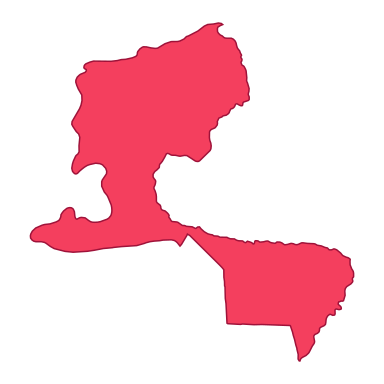 Chicamán, Quiché, Guatemala (orthographic projection)
{"feature_id": "79465075B15638381256287", "entity_name": "Chicamán", "entity_type": "district", "adm_level": 2, "iso_a3": "GTM", "parent_name": "Guatemala", "parent_adm1": "Quiché", "projection": "orthographic", "projection_center": [-90.638, 15.4], "detail": "fine", "context": "isolated", "style": "filled", "palette": "rose", "viewbox_px": 384, "rotation_deg": 0, "n_neighbors": 0, "source": "geoboundaries", "source_scale": "gbopen_adm2", "svg_char_len": 5941}
<svg xmlns="http://www.w3.org/2000/svg" viewBox="0 0 384 384"><path d="M222.7,24.6L221.4,23.5L218.4,23.0L213.6,24.0L207.7,24.5L204.3,26.1L197.8,31.1L188.3,36.0L186.9,36.4L186.3,36.7L184.0,39.0L179.9,41.0L177.8,41.5L171.2,41.6L165.0,43.7L157.5,48.2L155.2,48.4L151.0,47.9L146.4,46.9L143.4,46.8L142.3,47.2L139.9,48.9L137.8,51.5L137.4,52.6L137.3,54.0L137.0,55.1L136.5,55.7L135.8,56.4L132.4,57.8L125.7,59.3L121.3,59.6L117.2,60.6L111.0,61.3L93.5,61.1L89.9,62.1L85.9,63.8L84.7,64.9L84.1,66.0L83.9,67.8L84.6,68.7L86.2,69.5L86.3,70.9L85.2,72.3L80.4,74.3L79.0,75.4L77.2,77.2L75.9,80.1L75.8,82.2L76.8,85.4L78.3,89.0L81.8,95.0L82.0,100.6L81.0,105.2L79.5,108.8L72.1,121.5L71.8,124.3L72.8,126.3L76.2,131.5L78.7,134.0L79.8,137.4L79.0,145.7L79.1,151.8L77.9,154.0L76.3,155.3L75.6,156.2L73.4,161.0L72.5,163.9L71.8,168.2L72.1,169.7L72.6,171.5L74.3,173.4L75.3,173.9L76.6,173.8L77.6,173.2L79.7,171.0L82.2,168.9L84.5,167.1L87.3,165.4L89.9,164.5L95.7,163.2L100.0,163.7L102.5,164.8L105.7,168.3L106.7,171.2L106.5,173.8L102.3,180.0L101.7,181.7L101.7,186.2L104.3,192.0L107.1,195.4L108.1,197.4L111.2,204.9L111.7,207.5L111.9,210.0L111.8,212.0L111.3,214.4L110.7,215.8L108.8,218.1L107.1,219.2L100.2,221.7L97.4,222.2L94.3,222.3L92.4,222.2L90.6,221.7L88.5,220.4L85.2,217.9L83.9,217.7L81.2,217.4L79.5,217.8L76.9,219.2L76.1,218.9L75.4,218.0L74.9,216.5L74.4,211.7L73.5,209.6L72.8,208.6L71.4,207.8L69.8,207.6L68.1,207.9L66.8,208.4L63.6,211.0L62.2,212.8L61.0,214.7L60.8,216.7L60.1,218.6L58.8,220.5L56.2,221.9L50.0,223.9L44.6,224.5L42.1,225.2L35.7,228.0L32.3,231.2L30.8,234.0L30.4,235.8L30.6,238.1L32.1,240.1L33.8,241.2L35.8,241.7L41.3,241.7L44.5,242.4L46.1,243.3L50.3,246.4L54.2,248.6L65.1,251.4L73.1,252.2L87.3,251.3L94.0,250.3L103.4,248.5L112.3,247.7L113.8,247.4L121.5,246.6L136.7,245.6L144.7,243.3L145.8,242.8L150.0,241.7L154.1,241.1L159.7,240.7L163.0,240.1L171.3,239.8L174.4,240.5L176.1,241.6L177.4,242.8L180.0,246.1L181.5,244.4L187.0,235.2L187.4,234.1L189.8,235.5L219.1,264.5L222.1,267.6L223.8,269.7L223.9,277.3L224.5,281.5L224.6,286.0L225.0,286.6L225.3,298.5L226.0,303.5L227.0,323.2L227.8,323.7L240.5,324.4L242.5,324.0L254.0,324.7L261.8,324.5L290.0,325.5L290.4,325.8L292.5,332.0L293.3,335.4L294.6,339.6L295.8,344.9L296.9,348.4L296.9,349.1L298.2,354.4L298.1,358.7L298.2,359.3L299.2,360.9L299.9,361.0L300.7,358.9L301.2,358.3L302.4,357.4L306.0,355.5L308.5,353.2L309.2,352.2L312.3,346.1L313.9,343.8L314.4,342.7L314.6,341.7L314.5,340.9L313.8,337.2L313.8,336.2L314.1,335.4L315.0,334.4L317.5,333.3L319.0,331.9L319.4,330.7L319.6,328.4L320.0,327.9L321.2,327.0L323.9,325.8L325.4,324.5L325.8,322.6L326.1,319.5L326.5,318.0L327.7,315.9L329.6,314.4L330.3,314.3L332.7,315.3L334.3,315.1L334.7,314.9L335.1,313.9L335.0,310.2L335.2,309.6L335.7,309.2L336.4,309.0L338.7,309.6L339.4,309.6L341.0,309.2L341.3,308.5L341.1,307.2L340.5,306.3L338.3,304.4L338.2,303.8L338.4,302.6L338.7,301.9L339.7,301.7L340.9,301.1L342.7,301.1L343.5,300.7L345.1,295.4L344.8,291.0L345.3,288.6L346.7,286.6L350.9,283.9L352.4,282.2L352.7,281.6L352.8,280.9L352.4,279.5L352.4,278.8L352.6,277.9L353.5,277.0L353.6,276.5L353.6,273.3L353.3,271.6L352.6,270.2L351.8,269.1L350.1,264.8L350.0,261.1L350.2,259.4L349.8,258.8L348.1,257.7L346.0,257.1L343.0,255.7L342.4,255.2L340.6,253.0L336.7,249.8L334.7,249.0L333.8,248.9L331.7,249.8L329.9,249.9L328.9,249.6L327.5,248.0L324.9,247.4L321.3,245.9L317.2,245.2L315.2,244.0L313.9,243.7L307.4,243.4L302.9,242.8L301.4,242.9L298.4,244.3L296.9,244.7L295.0,244.5L293.6,243.8L291.6,243.4L290.9,243.4L287.6,244.4L284.9,244.8L284.1,244.5L281.9,242.9L279.9,242.1L277.1,242.0L276.6,242.2L275.6,243.1L274.9,243.3L271.7,242.8L270.3,242.4L268.1,241.1L267.2,241.0L265.8,241.2L263.5,241.8L260.3,242.1L259.6,242.0L258.0,240.9L255.9,240.7L255.3,240.8L254.8,241.3L254.6,242.3L254.2,243.5L253.8,243.9L253.1,243.9L252.2,243.0L250.9,242.3L247.4,241.2L245.8,242.6L245.2,242.6L244.2,242.2L243.0,241.2L242.3,240.9L238.8,240.8L237.2,240.4L236.4,240.1L234.4,238.9L230.4,238.8L228.2,238.0L227.4,237.5L226.7,237.3L219.9,237.2L218.3,236.3L217.5,236.1L214.0,235.9L212.3,234.8L210.3,234.5L207.8,233.8L204.2,231.7L201.0,228.8L199.5,226.9L197.7,227.0L195.9,228.4L195.3,228.4L192.2,226.8L187.3,226.4L186.3,226.3L185.3,225.8L184.4,225.5L182.8,225.5L182.1,225.3L178.0,222.4L176.9,222.0L172.1,221.5L171.3,221.0L169.9,218.5L168.9,217.4L168.8,216.9L169.1,215.4L168.5,214.3L167.5,213.1L165.3,211.1L164.7,210.8L162.5,210.2L161.8,209.7L161.1,208.8L160.9,208.2L160.7,206.4L160.2,205.2L157.2,202.8L156.8,202.3L156.4,201.3L156.4,196.7L156.1,194.2L155.2,191.2L154.0,188.6L153.9,187.9L154.1,186.9L155.0,185.0L155.5,183.1L155.7,181.1L155.2,180.0L154.2,178.8L153.1,177.0L153.1,174.3L154.4,172.1L155.2,171.2L156.8,170.0L159.1,167.7L159.3,167.2L159.5,165.0L159.8,164.2L160.9,163.1L162.4,161.2L164.8,157.0L166.4,153.8L167.5,153.4L168.1,153.5L169.1,153.8L170.7,154.8L171.9,155.2L175.6,155.3L179.1,156.1L180.2,156.2L184.5,155.4L187.0,155.6L195.1,160.9L196.1,161.3L197.9,161.5L198.7,161.3L199.6,160.8L209.0,151.6L210.1,150.5L210.9,148.8L211.2,145.9L210.8,143.1L209.8,140.4L209.4,137.6L209.5,132.0L209.8,131.1L211.2,129.5L214.9,127.9L215.6,127.2L217.2,125.0L217.5,123.4L217.3,121.5L218.9,118.1L222.0,116.9L222.4,116.4L223.3,115.8L226.2,115.2L228.1,113.9L229.1,112.8L229.8,110.9L230.6,109.4L231.3,108.7L232.6,108.5L233.8,107.5L234.5,106.7L235.5,104.4L236.2,103.9L237.0,103.8L239.3,105.1L241.1,105.8L242.3,105.6L242.7,104.9L242.7,104.0L243.1,102.6L243.5,102.1L248.0,100.6L248.6,100.3L249.2,99.4L249.2,96.9L248.3,94.7L248.3,94.0L248.4,93.2L248.9,91.5L249.1,88.5L247.5,83.0L246.8,81.5L246.6,80.5L246.8,77.7L246.1,70.9L245.5,69.2L244.3,66.9L243.6,66.0L242.1,65.2L241.3,63.5L241.0,62.2L241.8,60.9L242.0,59.6L241.9,59.0L240.9,57.5L240.8,56.7L241.5,55.5L241.4,54.8L240.4,53.1L239.6,50.8L238.3,49.3L237.3,47.8L236.6,45.5L236.1,43.1L235.7,42.2L235.1,41.0L233.4,39.2L231.3,38.2L226.8,38.2L225.0,38.0L224.1,37.6L222.2,35.9L220.3,35.0L218.5,33.3L217.5,31.6L217.4,28.8L217.8,27.2L220.3,25.6L222.7,24.6Z" fill="#f43f5e" stroke="#9f1239" stroke-width="1.5"/></svg>